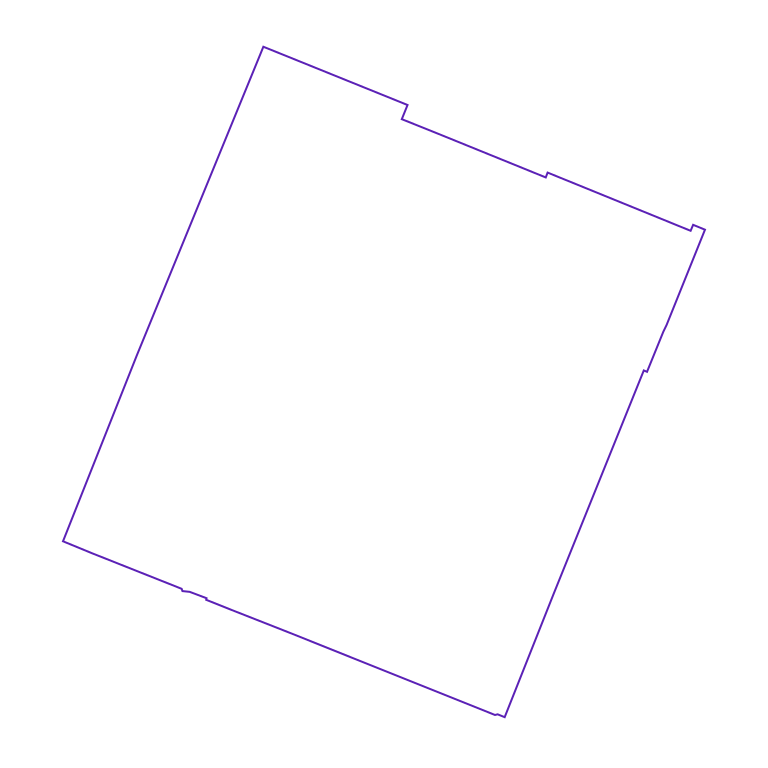 outline of Natrona, Wyoming, United States of America, rotated 112°
{"feature_id": "52423323B59705980102963", "entity_name": "Natrona", "entity_type": "district", "adm_level": 2, "iso_a3": "USA", "parent_name": "United States of America", "parent_adm1": "Wyoming", "projection": "robinson", "projection_center": [-106.783, 42.966], "detail": "fine", "context": "isolated", "style": "outline", "palette": "violet", "viewbox_px": 768, "rotation_deg": 112, "n_neighbors": 0, "source": "geoboundaries", "source_scale": "gbopen_adm2", "svg_char_len": 526}
<svg xmlns="http://www.w3.org/2000/svg" viewBox="0 0 768 768"><g transform="rotate(112 384 384)"><path d="M120.7,144.2L120.6,157.0L127.1,157.1L126.7,311.5L131.9,311.4L131.7,427.5L131.8,466.7L116.5,466.7L116.5,622.2L123.4,622.2L450.2,623.9L650.1,622.7L650.3,591.4L649.7,494.9L651.5,493.3L649.5,486.3L649.1,468.3L650.7,468.0L650.6,440.6L650.0,378.0L649.8,312.0L649.3,157.1L647.7,154.9L647.7,147.3L514.3,148.1L274.1,148.2L274.2,144.7L230.8,144.6L223.5,144.1L120.7,144.2Z" fill="none" stroke="#5b21b6" stroke-width="2"/></g></svg>